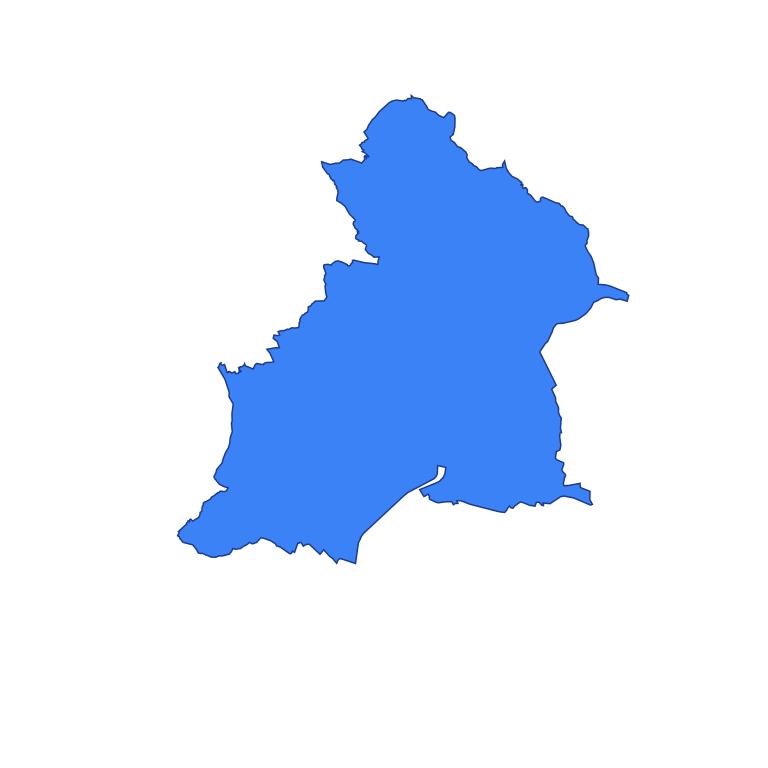 Pucioasa, Dâmbovita, Romania, rotated 233°
{"feature_id": "2599482B55662531214535", "entity_name": "Pucioasa", "entity_type": "district", "adm_level": 2, "iso_a3": "ROU", "parent_name": "Romania", "parent_adm1": "Dâmbovita", "projection": "equal_earth", "projection_center": [25.458, 45.082], "detail": "fine", "context": "isolated", "style": "filled", "palette": "blue", "viewbox_px": 768, "rotation_deg": 233, "n_neighbors": 0, "source": "geoboundaries", "source_scale": "gbopen_adm2", "svg_char_len": 6171}
<svg xmlns="http://www.w3.org/2000/svg" viewBox="0 0 768 768"><g transform="rotate(233 384 384)"><path d="M597.9,579.4L595.4,577.6L597.5,575.0L597.1,571.8L598.1,571.4L598.4,569.6L603.4,564.7L605.2,560.2L605.5,557.6L604.4,544.5L602.4,537.4L602.2,533.9L599.9,527.5L597.7,523.7L597.3,519.7L589.9,519.1L589.4,518.4L589.8,515.3L589.6,514.4L588.9,513.9L590.1,511.8L589.3,510.0L589.5,508.2L587.0,508.4L584.8,507.8L583.1,508.6L582.7,508.4L582.7,506.5L580.2,507.8L575.0,508.8L574.8,508.4L576.3,507.3L575.1,506.1L577.5,506.4L577.8,505.9L577.5,505.2L574.9,503.6L573.8,499.3L583.6,492.8L584.9,489.8L587.4,486.2L587.2,481.2L589.3,478.5L591.6,473.2L599.0,468.0L594.3,465.6L587.1,465.4L585.3,465.6L584.5,466.3L580.4,465.1L577.0,465.6L576.9,466.4L576.5,466.6L573.3,464.9L570.6,465.2L569.3,464.0L566.5,463.8L564.4,462.4L560.7,458.1L558.9,456.7L553.6,458.9L549.2,459.8L540.4,458.7L532.9,459.8L532.1,459.5L531.4,458.4L531.8,457.4L530.3,455.6L525.3,454.7L523.4,455.5L521.3,455.5L520.3,454.8L521.5,454.3L519.6,453.5L519.7,452.2L519.1,450.5L517.9,449.4L516.7,449.1L514.2,450.3L513.6,449.8L511.2,452.2L508.5,452.6L506.4,453.7L504.7,453.1L502.9,450.1L497.8,450.1L494.3,451.7L491.3,452.3L488.3,456.7L486.0,453.5L483.1,450.8L485.2,449.4L492.7,441.4L501.3,434.2L501.6,433.1L499.9,431.9L500.1,430.8L499.0,428.0L499.3,427.2L500.3,426.0L501.4,426.5L506.5,423.9L509.3,422.0L510.5,420.6L511.2,418.4L511.2,414.6L510.5,413.5L513.3,411.3L515.2,408.0L514.9,407.1L513.3,406.0L507.0,404.1L506.3,401.7L505.2,401.1L503.3,398.6L498.7,397.6L497.6,395.7L490.8,391.8L488.1,390.9L487.3,389.7L486.5,386.1L491.6,378.9L491.2,376.5L491.3,374.4L490.4,372.7L491.2,370.0L488.3,367.6L487.3,365.8L488.0,363.7L487.6,361.8L488.1,360.0L486.5,356.0L484.4,354.4L484.0,353.2L481.1,350.7L480.6,349.6L482.0,347.0L484.5,343.9L484.9,340.8L486.0,339.7L486.7,336.4L488.3,334.2L489.6,331.0L485.9,330.3L486.5,328.4L489.3,325.5L487.1,323.0L482.2,324.3L476.0,322.3L478.1,319.4L482.2,311.4L476.8,311.4L468.2,309.4L468.7,307.6L471.8,303.3L472.6,300.5L472.0,299.4L477.0,294.7L477.0,292.8L474.7,288.5L482.2,284.1L484.1,284.9L483.3,283.3L483.3,280.7L484.3,279.3L484.5,277.7L484.0,277.6L483.8,278.7L482.9,277.0L482.0,276.5L481.6,277.2L480.1,277.5L480.0,276.7L481.0,275.6L480.1,274.0L481.6,272.0L483.6,272.3L484.3,269.0L486.8,268.3L487.4,267.3L486.7,266.8L487.6,265.6L495.5,268.4L496.3,266.2L498.1,265.4L498.9,266.6L499.2,265.5L497.0,262.0L497.2,261.4L483.5,259.8L470.8,255.5L466.9,252.5L458.9,251.6L451.7,244.6L445.9,240.5L444.4,238.5L437.2,234.1L433.6,228.8L429.4,225.1L426.8,221.5L424.5,216.0L421.1,210.6L418.4,207.2L416.4,199.0L414.2,196.2L412.5,192.7L410.9,191.9L403.1,192.2L398.6,194.3L394.9,197.0L393.5,193.7L393.9,192.1L397.0,188.7L396.7,187.3L397.3,185.4L396.8,185.0L397.3,183.9L397.0,181.9L397.4,178.3L396.6,175.7L397.1,171.4L397.8,169.5L397.4,167.7L396.3,167.0L395.0,164.5L392.7,162.7L392.0,161.6L392.1,159.9L390.3,158.2L389.0,155.9L389.6,148.7L392.4,148.3L392.5,147.1L391.2,145.8L392.6,145.2L392.0,144.3L391.7,142.5L390.9,141.8L389.9,131.0L389.0,131.3L388.6,130.8L387.0,127.8L384.9,128.7L383.9,128.0L378.5,128.2L370.6,134.5L364.4,134.6L360.8,134.0L358.9,135.6L358.5,136.7L349.8,141.8L346.9,145.4L346.0,148.8L344.0,151.4L341.2,158.0L341.9,161.2L343.6,164.2L341.5,165.8L339.0,170.2L338.9,174.2L338.2,178.0L338.4,181.2L335.5,182.7L334.1,187.0L335.3,192.6L334.4,194.2L326.7,199.4L321.8,201.1L319.3,200.8L316.2,203.0L305.4,206.5L304.6,207.4L304.7,208.9L305.5,210.5L303.4,211.3L308.8,219.5L308.1,220.0L307.9,221.5L307.3,222.4L303.0,222.0L302.8,225.0L301.1,227.9L286.5,230.4L287.9,236.0L278.9,236.9L275.4,238.0L269.3,238.3L270.9,240.9L271.2,243.5L269.8,244.9L257.8,253.2L272.5,267.9L275.1,272.9L275.5,272.8L277.0,277.8L282.7,331.5L283.0,337.7L278.2,367.2L279.0,370.5L280.3,372.7L286.6,377.7L280.2,383.2L275.7,378.7L273.8,375.2L272.9,369.7L273.4,366.9L278.2,348.9L270.0,348.2L269.4,353.0L266.7,352.6L266.3,351.9L264.5,351.1L258.7,354.1L256.5,355.8L252.6,362.7L249.2,367.3L245.8,366.8L245.8,368.6L244.2,371.2L246.9,371.8L244.8,374.9L236.1,380.4L213.1,398.7L208.8,403.0L209.3,405.8L210.5,408.4L211.0,410.9L208.9,410.8L207.2,412.2L207.9,414.7L207.8,421.8L206.3,423.2L199.4,427.4L195.5,431.2L197.8,434.4L196.4,436.6L192.3,437.0L191.0,438.0L191.3,438.7L193.3,439.3L188.5,444.6L187.7,457.2L186.3,460.2L179.0,466.8L163.0,476.1L162.6,477.5L162.5,478.0L167.8,478.8L174.3,483.9L182.3,479.0L183.6,478.7L186.7,480.8L191.4,471.2L194.2,466.8L195.4,466.7L196.3,467.1L200.4,471.7L201.6,473.9L202.7,474.4L207.3,473.9L208.5,474.5L211.8,479.4L213.1,480.0L219.8,476.2L221.8,476.4L226.3,481.0L225.5,484.8L228.6,488.3L236.2,492.6L238.7,494.8L238.4,496.5L242.5,498.3L250.2,505.1L253.4,505.3L256.4,506.3L259.9,509.1L266.9,510.7L270.0,512.8L279.0,514.8L279.4,520.8L315.9,527.7L319.2,537.1L319.4,540.1L324.5,549.8L326.8,553.0L328.1,557.8L327.6,559.3L324.9,563.3L321.1,571.7L319.5,575.6L318.9,578.7L318.7,587.7L320.2,594.6L323.1,600.7L322.1,604.1L321.7,608.6L320.4,612.3L317.8,615.8L311.5,620.2L310.0,623.4L303.8,628.0L307.4,632.7L309.8,632.1L311.0,632.7L326.0,623.6L330.0,620.4L334.7,615.0L339.5,619.1L343.3,619.1L354.1,624.2L361.3,626.2L367.4,626.5L372.7,627.6L373.7,628.4L374.2,631.0L376.5,632.4L378.9,636.3L382.4,639.0L384.5,639.5L385.0,640.2L386.4,639.5L391.0,638.8L393.7,636.0L396.7,635.2L402.4,634.3L403.4,635.1L404.8,634.9L406.0,633.5L407.6,633.2L412.3,633.2L415.6,634.0L418.8,633.6L419.5,632.6L422.6,632.7L425.6,630.1L437.5,623.4L438.1,622.6L438.1,621.4L437.8,620.4L436.1,619.1L436.1,618.2L437.1,615.6L438.8,614.9L446.3,614.8L450.0,613.4L452.6,615.3L454.9,615.6L455.7,615.3L456.0,613.6L457.2,612.8L459.6,614.7L460.4,613.0L460.8,613.2L461.0,614.7L462.1,615.2L467.3,614.0L472.7,611.2L478.2,610.8L482.9,611.5L489.5,614.5L488.0,610.7L485.6,609.4L485.7,608.5L487.0,607.4L487.8,605.5L488.8,604.6L488.9,602.9L492.5,598.7L496.0,589.9L498.1,588.9L501.8,588.6L504.2,587.2L506.6,587.1L510.3,585.7L515.2,586.4L516.9,588.3L519.9,589.0L526.5,587.5L529.4,585.5L534.4,585.6L538.1,584.2L541.5,585.4L541.7,589.5L546.7,595.3L553.7,600.8L556.2,601.9L560.8,600.5L562.2,599.0L560.9,593.0L561.0,591.9L565.8,589.3L570.1,588.7L573.9,585.9L576.9,584.5L579.7,585.1L587.9,585.6L588.9,584.6L589.8,584.7L594.8,580.0L597.9,579.4Z" fill="#3b82f6" stroke="#1e3a8a" stroke-width="1.5"/></g></svg>